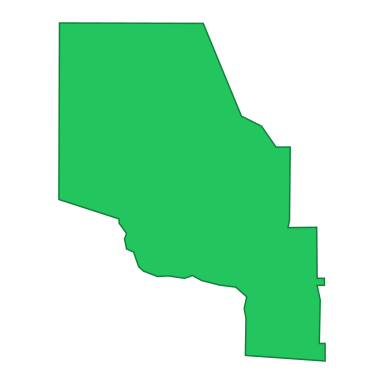 the district of Clinch, Georgia, United States of America
{"feature_id": "52423323B41586767659607", "entity_name": "Clinch", "entity_type": "district", "adm_level": 2, "iso_a3": "USA", "parent_name": "United States of America", "parent_adm1": "Georgia", "projection": "orthographic", "projection_center": [-82.622, 30.883], "detail": "fine", "context": "isolated", "style": "filled", "palette": "green", "viewbox_px": 384, "rotation_deg": 0, "n_neighbors": 0, "source": "geoboundaries", "source_scale": "gbopen_adm2", "svg_char_len": 689}
<svg xmlns="http://www.w3.org/2000/svg" viewBox="0 0 384 384"><path d="M59.5,23.0L58.9,199.5L119.0,218.9L119.2,223.3L126.6,233.6L124.5,238.9L126.6,249.0L133.6,252.0L138.7,266.7L143.5,271.1L157.5,276.5L168.3,275.9L184.6,278.3L192.5,275.5L201.6,280.5L219.6,285.1L235.7,287.1L246.7,296.8L244.2,308.7L246.0,318.2L245.4,355.4L252.5,355.9L254.3,356.1L260.3,356.4L264.2,356.8L268.4,357.0L273.9,357.4L305.4,359.6L305.5,359.6L325.1,361.0L325.1,343.4L319.3,343.5L320.2,300.1L317.1,285.4L324.4,285.3L324.4,278.3L317.1,278.3L316.7,227.3L288.0,227.6L289.5,220.3L290.2,147.1L276.0,147.1L261.5,126.2L241.4,116.1L205.7,29.5L203.2,23.4L59.5,23.0Z" fill="#22c55e" stroke="#15803d" stroke-width="1.5"/></svg>